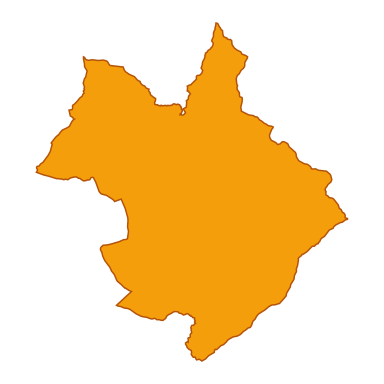 outline of Labranza Grande, Boyacá, Colombia
{"feature_id": "7082276B6465404619249", "entity_name": "Labranza Grande", "entity_type": "district", "adm_level": 2, "iso_a3": "COL", "parent_name": "Colombia", "parent_adm1": "Boyacá", "projection": "mercator", "projection_center": [-72.59, 5.546], "detail": "fine", "context": "isolated", "style": "filled", "palette": "amber", "viewbox_px": 384, "rotation_deg": 0, "n_neighbors": 0, "source": "geoboundaries", "source_scale": "gbopen_adm2", "svg_char_len": 5910}
<svg xmlns="http://www.w3.org/2000/svg" viewBox="0 0 384 384"><path d="M273.2,127.0L271.8,126.3L268.3,125.7L266.1,124.1L264.3,123.3L261.7,121.1L259.5,119.9L257.8,117.6L257.0,117.0L254.6,116.6L253.5,115.6L248.7,114.9L241.4,111.2L240.8,107.0L242.0,102.3L242.3,98.7L242.0,97.5L239.9,96.8L239.6,96.4L239.3,92.6L237.2,89.5L237.0,87.2L237.6,85.4L236.8,84.5L236.2,78.6L237.3,75.5L239.1,73.9L241.2,70.2L243.3,68.4L244.2,67.1L244.7,66.0L244.8,62.6L247.3,58.2L247.6,56.8L245.9,55.6L241.8,54.0L240.8,51.9L236.9,50.0L234.2,47.9L232.1,44.6L231.6,40.5L230.2,39.4L229.4,39.6L227.4,39.1L227.1,38.2L223.7,36.7L222.9,34.5L222.5,30.6L221.0,29.4L220.2,27.7L219.1,26.4L218.0,23.9L217.3,23.3L216.0,23.0L215.8,25.1L215.1,27.7L215.0,29.7L214.2,30.8L213.5,33.0L213.4,36.8L211.8,40.2L211.9,41.2L213.1,43.0L213.2,44.1L212.2,46.8L211.0,47.8L210.5,48.9L208.1,50.4L207.0,52.2L205.5,53.1L205.7,53.8L205.3,54.3L204.9,55.6L205.0,56.6L204.3,58.8L202.8,61.6L202.3,63.4L202.3,64.8L201.1,68.0L202.7,70.4L201.8,73.2L199.6,75.3L197.5,75.4L196.6,76.0L196.3,76.8L196.5,79.1L191.8,83.7L191.2,84.6L189.1,85.2L187.2,86.2L187.6,87.5L187.2,91.0L187.6,91.2L188.5,91.1L189.0,92.4L190.1,93.3L190.4,93.9L188.6,96.1L188.2,99.3L186.3,100.8L186.7,102.1L186.2,107.3L183.4,108.7L183.5,109.4L185.3,112.1L185.5,112.8L184.7,113.4L184.0,114.5L182.7,115.2L180.7,114.6L180.1,114.9L180.1,114.1L180.5,113.6L181.2,113.6L181.4,113.4L181.5,112.5L182.2,111.4L182.3,110.2L182.1,109.6L181.3,108.9L181.5,108.0L180.9,107.3L181.0,106.5L179.9,105.6L179.6,104.7L178.6,104.6L177.9,104.1L176.3,104.7L175.8,104.3L173.8,103.8L172.6,104.4L171.9,105.2L169.1,105.6L167.8,105.3L166.9,105.9L166.4,105.6L165.8,105.7L165.3,105.3L162.6,105.9L161.9,105.4L161.4,105.6L161.0,105.3L160.6,105.9L158.5,105.5L157.5,104.7L156.8,104.9L154.8,104.3L154.6,102.3L155.3,101.2L155.7,98.9L155.0,98.4L154.8,97.8L153.8,97.5L150.5,94.7L150.0,92.4L149.0,91.5L148.7,90.6L148.6,90.0L149.0,89.2L146.2,88.1L144.7,86.0L143.2,85.5L141.8,84.5L140.5,83.0L140.2,81.6L137.4,80.1L134.5,76.7L129.0,74.2L125.5,71.7L124.3,70.1L123.2,67.0L110.1,65.5L108.9,64.1L107.4,61.5L106.3,60.9L103.6,60.1L97.9,60.5L93.7,59.9L92.0,59.8L88.7,60.3L87.3,60.1L85.7,59.4L84.5,57.4L83.5,56.9L83.5,59.0L84.4,63.5L84.6,66.8L87.1,70.9L85.6,77.3L84.5,78.6L83.2,83.2L84.5,87.0L84.0,88.6L84.5,89.7L83.5,90.7L83.3,91.2L83.9,92.1L84.0,93.4L83.2,93.8L82.0,96.4L80.0,97.8L76.9,101.6L74.3,104.2L72.7,105.3L72.5,106.5L72.7,107.7L72.3,109.5L69.0,110.1L70.3,115.9L72.6,117.4L73.8,119.1L74.3,119.2L73.3,119.8L72.2,121.1L69.4,126.3L67.5,127.6L62.3,130.1L60.4,132.2L58.3,135.2L57.9,135.2L55.8,137.1L54.1,139.1L51.2,143.0L52.2,144.3L50.3,151.4L48.2,155.3L43.0,162.3L40.4,164.1L39.4,165.7L38.6,166.2L37.1,166.4L36.6,167.1L36.6,168.1L37.6,169.9L36.4,172.3L43.5,174.9L49.0,176.3L56.7,178.7L58.2,178.6L59.6,178.9L61.5,179.0L63.9,179.7L65.7,179.1L67.4,179.7L68.0,179.6L70.3,178.0L73.3,177.2L75.9,176.9L76.8,177.1L78.3,178.2L79.7,178.4L83.5,180.9L86.1,180.6L87.6,179.9L88.7,180.0L89.9,179.7L90.6,178.1L91.2,177.6L92.2,177.3L93.4,177.6L95.8,182.3L99.1,191.5L100.8,193.6L102.1,194.2L106.4,195.3L112.3,199.1L113.7,200.2L114.6,201.5L121.2,199.1L125.3,208.7L127.8,217.8L128.0,220.5L127.6,227.0L128.5,231.5L127.5,238.4L127.2,238.9L125.6,239.6L123.8,239.6L119.1,241.7L111.6,243.9L108.0,244.8L103.1,245.3L101.0,247.2L100.4,248.8L100.6,250.0L101.8,252.3L102.7,255.9L103.8,258.6L105.0,260.9L109.8,267.2L111.7,271.3L114.1,274.2L116.8,280.4L117.5,281.4L121.1,284.4L124.7,288.0L125.1,287.9L129.1,290.5L131.5,291.5L116.5,305.3L117.8,306.0L120.6,306.5L123.9,307.9L128.1,308.6L130.3,309.6L136.1,313.8L141.0,316.2L143.3,316.8L146.7,317.3L151.0,318.9L152.6,318.9L154.8,318.3L156.9,319.7L159.3,319.7L161.5,320.4L163.1,320.3L165.7,318.4L166.6,316.3L168.3,314.8L171.5,313.3L173.1,312.1L175.0,311.5L177.9,311.8L179.1,313.1L181.7,313.7L183.4,315.0L185.3,314.5L186.7,313.7L188.0,313.9L188.6,314.2L189.6,315.4L190.7,315.4L190.8,316.2L192.1,316.6L192.7,317.6L194.4,317.8L194.8,318.2L194.4,319.7L195.2,320.7L194.5,322.0L195.6,323.3L194.6,323.9L193.7,325.2L191.9,325.4L191.5,325.9L190.8,327.9L191.4,328.9L191.1,329.9L191.7,332.5L191.4,333.2L190.7,333.6L190.2,334.7L190.2,337.0L189.7,337.6L188.5,337.8L188.0,338.2L188.3,340.2L188.1,342.3L187.3,341.7L185.5,343.0L185.7,344.5L186.7,345.8L187.0,347.2L188.7,349.1L191.3,350.5L191.6,352.7L191.2,354.3L192.8,356.8L193.4,357.3L195.3,357.2L196.2,359.5L196.7,359.9L199.2,359.2L201.9,361.0L205.8,358.8L207.7,356.6L209.4,355.2L214.3,352.4L214.5,350.3L215.1,349.3L215.9,349.7L216.8,349.5L221.0,345.6L223.6,344.6L226.7,341.6L227.3,340.5L229.1,339.1L233.1,336.9L237.2,336.1L240.4,334.5L243.5,331.4L246.0,329.8L248.4,327.8L250.2,327.5L251.4,325.7L252.9,321.3L255.1,319.1L256.6,316.3L258.5,314.0L265.1,309.8L269.0,306.5L271.1,305.4L272.0,305.0L275.5,304.7L278.4,303.7L279.3,303.6L280.0,303.0L286.1,296.0L286.6,293.2L290.2,287.2L290.8,284.4L293.5,280.1L294.2,278.4L294.2,276.5L295.1,274.1L296.3,271.9L296.5,270.5L296.3,269.1L297.5,265.7L298.5,259.8L298.2,258.6L298.6,257.9L301.5,255.5L302.2,254.3L303.4,254.1L307.2,251.5L312.0,246.5L313.3,246.1L314.2,246.3L314.9,245.8L315.2,245.2L315.7,245.0L316.3,244.1L318.3,243.6L318.5,242.6L319.6,241.7L320.9,239.0L322.1,237.9L324.5,236.4L329.2,230.1L333.1,228.3L333.9,226.6L335.9,224.9L340.5,222.5L342.2,222.3L345.7,219.7L347.1,219.5L347.6,219.0L347.5,218.5L345.2,217.8L345.1,215.1L344.6,214.0L343.8,213.0L342.4,212.3L341.2,209.7L339.3,208.3L338.2,204.8L333.6,199.0L332.1,198.1L329.2,197.6L328.1,196.2L326.0,194.8L325.8,193.6L326.1,191.7L325.2,190.1L325.3,188.5L327.0,186.3L327.9,184.6L330.8,182.1L331.8,179.8L330.7,175.3L330.1,174.3L326.5,171.2L318.1,170.2L315.8,168.9L311.9,169.0L311.2,168.5L310.9,167.2L310.2,166.4L307.6,164.4L304.1,163.7L298.7,160.7L296.5,157.0L296.0,153.8L295.4,152.4L289.1,146.8L287.9,144.0L287.5,143.5L284.6,142.0L282.9,141.6L282.1,141.9L280.1,143.9L277.6,144.5L275.7,142.5L271.3,140.3L269.7,137.5L269.5,135.0L271.7,129.4L273.0,127.8L273.2,127.0Z" fill="#f59e0b" stroke="#b45309" stroke-width="1.5"/></svg>